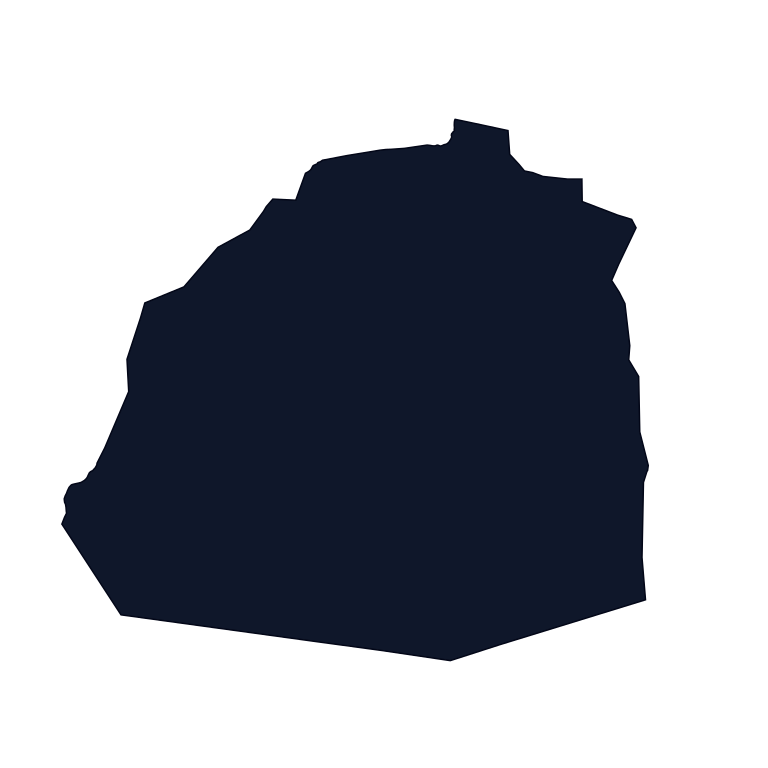 Bayanlig, Bayanhongor, Mongolia, rotated 10°
{"feature_id": "93677404B79696496210167", "entity_name": "Bayanlig", "entity_type": "district", "adm_level": 2, "iso_a3": "MNG", "parent_name": "Mongolia", "parent_adm1": "Bayanhongor", "projection": "albers", "projection_center": [100.732, 44.386], "detail": "fine", "context": "isolated", "style": "filled", "palette": "ink", "viewbox_px": 768, "rotation_deg": 10, "n_neighbors": 0, "source": "geoboundaries", "source_scale": "gbopen_adm2", "svg_char_len": 1722}
<svg xmlns="http://www.w3.org/2000/svg" viewBox="0 0 768 768"><g transform="rotate(10 384 384)"><path d="M91.1,577.9L165.1,657.0L360.8,649.5L426.0,646.9L497.3,644.9L543.1,620.7L679.0,551.1L668.2,510.0L656.6,435.8L658.1,424.5L658.6,423.4L658.4,418.3L644.2,386.8L633.5,332.4L620.8,317.7L619.4,303.6L607.3,263.0L599.7,252.8L590.2,242.5L594.3,225.3L605.1,186.4L599.3,178.9L584.7,177.1L547.5,169.9L543.3,147.8L529.5,150.3L504.4,152.0L493.7,150.0L485.3,149.8L478.8,144.3L467.9,136.0L462.1,112.9L435.1,111.9L408.1,111.0L407.8,111.8L407.8,113.8L408.2,116.8L408.7,118.8L409.0,120.2L408.8,120.8L409.2,121.5L409.4,122.2L408.6,123.3L408.1,124.0L408.0,124.9L407.4,125.2L407.1,126.0L407.1,127.3L407.8,128.9L407.6,130.2L407.0,132.0L406.0,134.4L404.8,136.0L403.7,137.0L401.6,137.9L399.4,139.4L398.0,139.9L395.7,139.4L394.8,139.5L393.1,140.6L390.7,141.0L388.1,141.0L385.0,141.2L363.2,148.4L350.4,151.6L345.3,152.7L339.5,154.4L327.6,158.6L308.1,165.4L286.2,173.7L284.6,174.3L282.7,176.2L280.8,177.2L280.3,177.7L279.8,178.9L277.2,180.6L276.3,181.3L275.8,182.5L275.4,183.8L275.0,185.0L274.9,185.2L274.3,186.3L272.8,187.9L270.1,190.1L265.2,218.3L242.4,221.2L237.3,229.7L235.3,235.0L225.1,255.7L216.0,262.9L196.8,278.2L170.1,323.1L134.4,345.7L132.7,361.5L126.6,404.3L133.9,435.8L120.1,495.4L115.1,511.9L115.3,512.9L114.9,514.7L114.0,517.0L112.8,518.7L112.1,520.1L111.2,520.5L110.2,521.4L109.3,522.5L108.5,525.2L108.0,527.3L107.3,528.8L105.7,531.0L102.8,533.5L100.4,534.6L97.7,535.7L95.8,536.5L94.3,537.2L93.5,537.8L92.7,539.0L91.8,540.5L90.8,544.1L90.3,546.9L89.5,549.4L89.0,552.5L89.4,554.1L90.0,556.0L91.2,557.7L92.2,560.5L93.2,564.5L93.8,566.4L93.3,568.1L92.5,570.8L91.1,577.9Z" fill="#0f172a" stroke="#020617" stroke-width="1.5"/></g></svg>